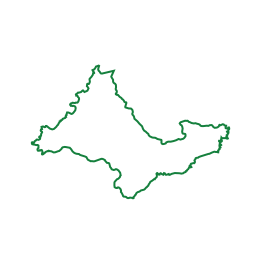 outline of Carrillo, Guanacaste, Costa Rica, rotated 342°
{"feature_id": "36466004B81157491697278", "entity_name": "Carrillo", "entity_type": "district", "adm_level": 2, "iso_a3": "CRI", "parent_name": "Costa Rica", "parent_adm1": "Guanacaste", "projection": "mercator", "projection_center": [-85.608, 10.481], "detail": "fine", "context": "isolated", "style": "outline", "palette": "green", "viewbox_px": 256, "rotation_deg": 342, "n_neighbors": 0, "source": "geoboundaries", "source_scale": "gbopen_adm2", "svg_char_len": 5839}
<svg xmlns="http://www.w3.org/2000/svg" viewBox="0 0 256 256"><g transform="rotate(342 128 128)"><path d="M213.4,167.7L213.6,166.5L213.9,165.9L214.2,166.7L218.0,167.9L219.0,168.8L219.7,168.8L219.6,168.0L218.8,167.4L218.7,166.9L219.0,166.5L219.9,166.1L219.7,165.3L220.7,164.9L221.7,164.0L221.2,163.0L221.1,162.0L221.4,162.0L222.4,162.5L222.8,160.7L223.8,160.4L224.2,159.5L224.2,158.7L223.5,158.5L223.1,159.2L222.9,159.3L221.5,158.8L220.9,158.4L220.8,158.0L222.0,156.1L220.6,155.4L220.1,154.2L219.2,153.7L216.8,154.0L216.0,153.3L215.6,153.5L214.9,154.5L213.4,155.0L212.3,155.0L210.5,154.6L209.5,153.4L209.0,151.8L208.5,151.1L206.9,150.6L205.0,150.8L203.8,150.2L199.9,149.4L198.4,148.8L197.7,148.2L197.2,146.9L196.3,146.1L194.7,145.1L193.7,144.3L192.0,144.0L190.0,142.9L188.8,141.7L187.7,140.9L187.1,139.7L186.7,139.4L185.5,139.2L184.6,138.7L179.9,138.8L179.2,139.1L178.6,139.6L179.0,141.2L179.8,142.0L180.0,143.4L179.8,145.4L178.4,148.1L178.2,149.5L178.5,150.3L180.5,151.3L180.6,151.5L180.6,152.3L180.1,153.6L178.5,154.8L177.2,155.3L174.3,155.2L172.7,154.1L169.9,154.5L167.2,154.5L164.4,154.2L161.9,153.4L160.0,153.5L159.1,154.3L157.3,154.3L156.2,154.1L155.5,153.5L155.3,153.2L155.3,152.1L156.0,150.3L156.0,149.6L152.5,147.5L151.9,146.7L150.7,145.6L149.3,145.1L148.1,144.5L146.1,142.6L145.5,141.3L145.5,139.9L145.3,139.6L144.4,138.3L143.9,137.2L142.5,135.4L142.0,133.5L141.9,130.7L140.2,127.5L139.0,124.5L137.0,121.2L137.2,119.2L137.0,117.9L136.4,116.7L136.4,115.9L137.4,114.6L137.7,113.6L137.7,111.9L136.8,110.4L134.7,109.6L131.9,107.6L131.9,107.0L134.2,103.7L134.2,103.1L133.3,102.7L132.7,102.1L132.5,100.7L132.0,99.4L131.2,98.4L131.0,97.4L129.7,95.8L128.9,93.9L128.7,93.5L127.6,93.0L126.9,92.2L126.9,91.8L127.3,91.3L128.1,91.0L128.7,89.7L128.7,88.8L128.3,87.9L128.4,87.0L129.2,85.6L129.8,83.3L129.5,82.0L128.8,81.3L128.2,80.2L128.2,79.1L128.7,77.5L128.0,74.7L128.0,73.9L132.2,69.2L120.2,68.2L119.2,67.8L118.7,66.9L118.5,65.7L117.8,64.4L117.7,63.2L118.3,62.0L119.7,60.0L119.4,59.6L116.5,59.7L115.8,60.5L114.0,61.9L113.2,61.8L112.1,62.0L112.4,63.6L112.9,64.6L112.8,65.3L112.5,65.4L111.8,65.1L110.8,66.7L108.8,68.2L107.8,68.7L106.5,69.6L106.0,72.3L104.7,73.9L104.1,74.0L103.5,73.5L102.9,73.5L102.7,73.7L101.8,75.6L102.3,76.4L102.7,78.1L101.0,79.9L100.1,80.1L97.7,80.3L96.9,78.4L96.4,78.3L94.4,79.3L92.5,79.2L91.4,78.9L90.9,79.3L89.2,79.7L88.8,80.1L89.0,80.7L88.8,81.1L89.5,81.3L89.9,81.8L89.8,82.4L90.0,82.8L90.1,83.3L90.5,83.9L90.6,84.5L90.4,85.4L89.0,87.4L87.9,88.2L87.5,88.2L86.2,87.7L85.4,87.9L82.9,86.8L81.8,87.2L81.3,87.0L80.5,87.4L80.1,88.0L80.5,88.6L80.5,89.2L81.4,89.5L81.8,89.9L82.6,89.9L83.1,90.1L84.3,91.2L84.5,92.0L84.4,92.9L83.3,94.9L80.8,96.6L79.8,97.1L78.7,97.2L77.9,96.6L77.6,96.2L76.2,94.9L74.9,94.4L73.8,95.9L73.7,96.6L73.0,96.7L72.6,97.4L72.4,97.5L72.5,98.4L71.6,98.6L71.4,99.0L68.7,99.1L68.4,99.6L68.0,99.9L66.3,100.0L66.1,100.7L65.0,100.6L64.7,101.4L63.6,102.0L62.5,103.3L61.5,103.7L60.2,104.7L57.3,106.0L55.5,105.9L53.5,104.4L51.2,100.9L50.4,100.7L49.7,101.5L49.1,101.5L48.7,101.3L47.9,100.4L47.2,100.2L46.1,100.2L45.9,102.5L44.8,102.5L44.2,103.4L44.2,103.9L45.0,104.9L45.0,105.5L43.5,106.9L43.1,108.1L42.6,108.7L41.3,108.7L40.9,108.9L40.7,109.3L41.5,110.3L40.7,111.4L39.2,111.6L37.8,110.8L37.4,110.8L36.6,111.4L35.2,111.7L34.5,112.5L33.9,112.9L33.1,112.9L33.0,112.2L32.7,112.0L32.2,112.0L31.9,112.4L31.8,113.2L31.9,113.8L33.0,114.5L33.8,114.8L35.3,115.8L36.9,116.3L37.4,117.0L36.7,119.3L35.9,119.6L35.3,120.3L35.2,121.4L35.5,121.9L36.7,122.0L37.3,121.9L37.4,122.3L39.0,122.2L39.3,122.6L39.3,124.3L38.1,126.1L38.1,126.5L38.3,126.7L39.5,126.7L40.5,126.0L41.4,125.9L41.8,125.5L42.4,125.3L44.5,125.1L44.8,125.4L45.6,125.1L46.5,125.9L47.6,126.3L48.5,127.0L49.6,128.2L51.1,128.6L54.5,128.5L55.5,128.6L58.2,127.4L58.9,126.7L59.8,126.2L61.8,126.4L62.8,126.8L66.5,128.8L67.4,130.7L68.0,133.1L69.3,135.2L70.9,136.5L73.3,137.6L74.2,138.9L78.3,141.8L79.4,142.8L80.0,145.7L82.3,148.1L83.3,148.3L85.0,149.1L86.0,149.3L93.2,149.1L94.4,149.6L96.1,151.3L96.1,152.0L97.2,154.6L98.7,155.3L99.2,155.9L99.0,159.8L99.5,160.8L99.7,162.2L101.4,163.5L102.5,163.6L103.7,163.4L104.5,163.8L105.9,165.5L106.0,166.0L106.7,168.0L106.4,170.8L105.8,171.1L105.1,172.2L103.0,173.3L101.8,173.3L98.8,175.0L98.2,175.8L97.3,178.5L97.0,180.1L97.7,181.0L98.4,181.5L99.1,181.7L99.5,181.4L100.1,181.4L100.8,181.7L101.9,183.4L102.1,185.1L101.5,186.7L101.8,187.2L102.3,189.9L102.3,191.2L102.6,191.8L104.7,192.8L105.5,194.0L106.0,194.5L107.1,194.9L108.4,194.8L110.4,195.8L111.0,196.4L111.6,196.4L112.0,195.3L112.9,195.0L114.0,194.0L114.6,193.9L115.9,192.5L117.3,192.0L119.4,192.0L121.0,191.4L124.1,191.6L125.1,191.3L126.9,190.2L127.6,190.1L128.2,189.6L129.5,189.1L130.3,188.0L131.4,187.3L132.6,186.1L135.0,185.5L137.1,184.7L137.7,185.0L138.4,184.3L140.0,183.6L140.3,183.3L140.9,181.8L140.9,180.4L141.5,179.9L141.9,179.9L142.5,180.9L142.8,181.7L143.1,182.0L143.7,182.1L144.3,181.3L145.0,181.1L145.4,181.4L146.0,182.4L147.1,183.3L148.3,182.0L149.0,182.5L149.3,184.0L150.4,184.4L152.5,184.3L152.6,185.2L153.0,185.4L154.0,185.4L155.1,185.1L158.6,185.3L163.1,187.0L164.7,187.9L166.6,188.1L167.8,187.6L169.1,187.7L169.7,186.9L170.8,186.8L171.5,186.0L172.5,185.8L174.1,184.2L174.8,184.7L176.2,184.8L176.2,184.3L175.1,183.6L175.0,183.0L176.2,182.4L176.6,181.7L176.9,181.5L179.3,181.6L179.9,181.7L180.1,181.9L180.4,181.8L181.2,181.0L181.2,179.3L182.5,178.5L182.8,177.8L183.1,177.6L184.2,177.6L185.5,177.9L186.4,177.5L188.4,177.4L196.5,177.5L197.4,177.7L200.2,177.3L202.8,177.2L204.2,178.0L205.1,178.2L205.5,178.6L206.3,179.0L206.7,178.1L206.8,177.2L208.5,176.5L208.5,175.7L209.8,175.2L209.3,174.2L209.4,173.6L210.8,173.3L211.4,173.0L211.3,172.7L210.1,172.7L209.8,172.4L210.6,170.9L211.7,170.2L210.9,169.6L210.5,168.8L210.7,168.3L211.0,168.4L211.9,169.3L212.3,169.3L213.2,169.0L212.9,168.3L213.0,166.8L213.4,167.7Z" fill="none" stroke="#15803d" stroke-width="2"/></g></svg>